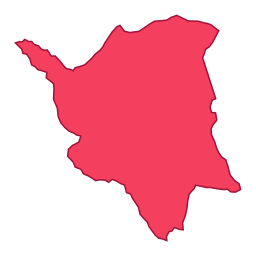 the district of Almirante Tamandaré, Paraná, Brazil
{"feature_id": "56859067B17668473483044", "entity_name": "Almirante Tamandaré", "entity_type": "district", "adm_level": 2, "iso_a3": "BRA", "parent_name": "Brazil", "parent_adm1": "Paraná", "projection": "equal_earth", "projection_center": [-49.335, -25.305], "detail": "fine", "context": "isolated", "style": "filled", "palette": "rose", "viewbox_px": 256, "rotation_deg": 0, "n_neighbors": 0, "source": "geoboundaries", "source_scale": "gbopen_adm2", "svg_char_len": 1871}
<svg xmlns="http://www.w3.org/2000/svg" viewBox="0 0 256 256"><path d="M218.8,30.7L214.5,27.5L211.0,24.8L207.5,23.5L203.4,22.7L198.2,21.2L188.1,20.9L181.0,17.4L176.6,15.4L171.2,17.4L166.7,20.1L162.1,20.7L158.2,20.9L154.4,21.3L149.5,24.2L142.8,28.8L138.9,31.4L129.8,32.5L124.5,31.3L120.0,25.4L117.1,26.6L112.2,31.9L107.9,38.4L104.6,43.3L103.0,46.7L100.2,50.1L95.2,54.2L91.7,58.4L87.9,61.9L84.7,64.8L79.9,66.5L75.2,67.7L73.2,70.7L70.2,69.2L66.8,68.9L63.8,66.0L60.3,61.5L55.2,56.0L51.3,56.0L47.2,49.9L44.2,50.3L40.9,48.8L38.6,45.9L34.1,44.4L31.7,41.5L28.6,41.5L24.7,39.4L22.3,41.9L18.8,41.8L15.4,42.9L21.8,49.2L22.9,53.4L26.7,54.2L29.9,58.9L31.6,64.9L35.1,66.7L37.8,69.6L41.4,70.6L46.8,72.3L46.2,77.9L50.6,81.2L53.6,83.8L54.0,89.4L53.7,94.8L53.6,99.6L57.3,108.0L58.3,117.0L60.9,122.9L64.9,127.6L69.1,131.2L73.4,132.9L76.7,135.0L80.9,136.0L78.9,142.0L75.5,143.9L72.5,145.4L68.5,149.2L67.6,156.2L73.2,162.1L75.3,167.2L80.8,169.2L83.5,173.9L88.3,175.9L92.1,178.1L95.6,180.7L99.5,179.8L105.0,180.1L108.6,182.3L112.0,179.4L115.8,180.7L120.8,183.6L124.6,185.1L126.5,192.6L130.7,194.1L132.2,197.9L135.1,202.2L138.4,207.2L140.1,214.3L143.5,218.2L147.5,222.4L148.9,226.4L151.5,230.1L155.3,235.1L158.6,238.2L162.0,238.8L166.8,240.6L166.5,236.4L169.0,231.8L171.9,231.0L174.4,227.5L179.5,229.4L183.2,229.8L182.6,222.8L185.4,215.4L186.6,210.1L187.2,206.1L187.8,200.1L189.2,194.1L191.5,191.4L194.1,188.6L195.7,185.3L200.5,186.1L206.2,187.5L210.5,187.5L215.2,188.4L219.9,189.1L224.2,189.6L227.3,189.1L230.8,191.9L235.5,192.1L240.6,189.5L239.1,183.8L234.5,180.5L230.1,174.9L228.0,166.7L225.7,159.8L221.7,156.9L218.7,152.7L216.4,147.6L214.9,142.3L211.5,134.7L211.1,128.8L212.6,125.5L216.8,120.0L215.5,112.9L211.5,112.3L210.0,107.0L212.2,100.3L215.7,98.6L202.6,57.9L204.4,53.3L205.7,49.2L209.3,46.8L212.9,41.9L215.2,37.3L218.8,30.7Z" fill="#f43f5e" stroke="#9f1239" stroke-width="1.5"/></svg>